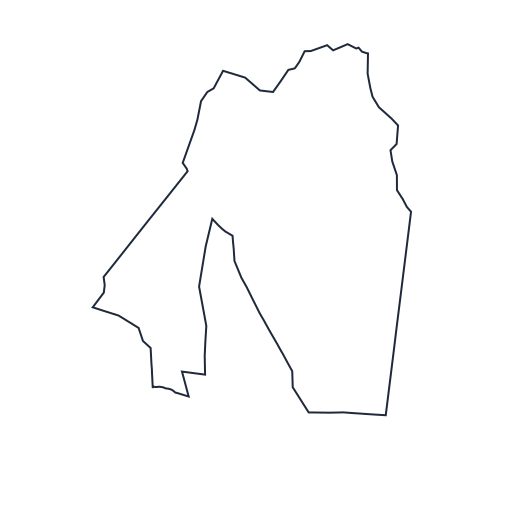 Teotitlán del Valle, Oaxaca, Mexico (Robinson projection), rotated 345°
{"feature_id": "50627088B43819232792449", "entity_name": "Teotitlán del Valle", "entity_type": "district", "adm_level": 2, "iso_a3": "MEX", "parent_name": "Mexico", "parent_adm1": "Oaxaca", "projection": "robinson", "projection_center": [-96.539, 17.051], "detail": "fine", "context": "isolated", "style": "outline", "palette": "slate", "viewbox_px": 512, "rotation_deg": 345, "n_neighbors": 0, "source": "geoboundaries", "source_scale": "gbopen_adm2", "svg_char_len": 2252}
<svg xmlns="http://www.w3.org/2000/svg" viewBox="0 0 512 512"><g transform="rotate(345 256 256)"><path d="M416.6,89.3L415.0,88.5L411.2,86.0L409.0,81.3L406.5,81.5L399.4,75.1L383.7,77.3L379.3,70.8L361.9,72.2L356.0,70.8L351.6,75.8L348.0,79.8L342.3,84.6L341.5,84.8L335.4,84.6L324.9,93.7L314.9,102.0L302.6,97.1L291.7,80.9L272.1,68.6L258.5,83.1L251.4,85.0L243.0,92.2L234.7,109.1L229.1,118.4L209.3,147.1L211.7,153.8L211.9,156.4L181.9,178.6L161.7,193.5L149.3,202.7L124.6,221.1L107.9,233.5L103.4,236.8L102.3,245.1L99.5,252.0L85.0,263.3L96.0,270.4L107.9,278.0L124.0,295.1L124.8,308.8L130.4,317.6L128.6,326.1L127.2,332.6L125.9,339.5L125.7,340.2L125.6,340.6L125.5,341.2L125.3,341.8L125.2,342.2L125.2,342.6L125.0,343.3L124.9,343.8L124.8,344.4L124.6,345.0L124.5,345.6L124.4,346.3L124.3,346.9L124.2,347.3L124.1,347.6L122.1,356.8L122.4,356.3L123.3,355.6L123.6,355.9L124.5,356.3L125.2,356.6L125.9,356.8L126.6,356.9L127.2,357.0L127.7,357.0L128.1,357.2L128.5,357.3L129.0,357.3L129.4,357.5L130.2,357.9L131.3,358.3L132.7,359.1L133.5,359.7L133.9,360.1L134.6,360.5L135.2,360.8L136.8,361.4L138.3,362.3L139.3,362.9L140.4,363.8L141.0,364.6L141.4,365.1L142.1,366.0L142.5,366.8L142.9,367.1L143.3,367.4L143.6,367.6L143.9,367.6L150.1,371.5L154.6,374.3L154.6,348.5L176.1,357.4L180.6,339.2L184.5,326.9L189.9,310.7L190.6,302.1L191.3,293.4L193.1,270.8L209.9,233.7L223.4,208.8L227.5,216.5L230.2,220.9L232.8,224.5L238.6,230.4L237.5,236.1L236.4,242.9L233.9,255.3L236.3,273.4L239.0,283.9L240.2,289.9L241.6,297.0L243.6,306.6L244.6,311.5L245.9,316.6L247.0,320.5L248.1,325.1L248.9,328.3L249.5,330.7L249.9,332.3L252.7,342.7L253.7,346.3L254.0,347.7L256.0,355.5L256.3,356.4L256.5,357.2L257.5,361.4L258.7,366.5L259.7,370.6L260.3,373.1L261.2,376.6L261.0,377.4L258.9,386.4L257.5,392.3L260.2,400.9L263.5,411.5L266.2,420.1L266.4,420.6L266.5,420.8L271.0,422.0L274.1,422.9L278.4,424.1L286.2,426.3L300.0,429.7L311.2,433.6L313.6,434.4L316.0,435.2L320.3,436.7L327.9,439.3L334.8,441.6L340.1,443.4L345.5,430.1L356.8,402.3L365.4,381.1L372.8,362.7L386.4,329.3L403.0,288.4L417.2,253.4L414.4,247.6L412.5,239.1L409.2,228.9L413.0,214.4L412.1,199.9L413.3,188.6L420.8,184.2L427.0,166.7L422.6,158.5L413.2,144.1L409.8,132.4L409.9,123.7L411.0,108.8L416.6,89.3Z" fill="none" stroke="#1e293b" stroke-width="2"/></g></svg>